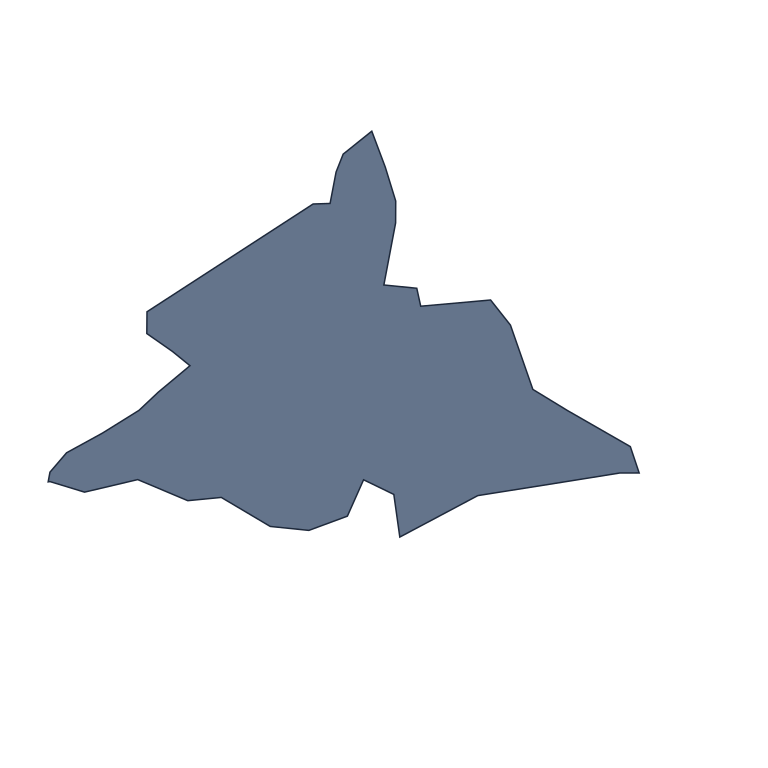 Chrysochou, Paphos, Cyprus, rotated 204°
{"feature_id": "46923920B43074959390545", "entity_name": "Chrysochou", "entity_type": "district", "adm_level": 2, "iso_a3": "CYP", "parent_name": "Cyprus", "parent_adm1": "Paphos", "projection": "natural_earth1", "projection_center": [32.444, 35.0], "detail": "fine", "context": "isolated", "style": "filled", "palette": "slate", "viewbox_px": 768, "rotation_deg": 204, "n_neighbors": 0, "source": "geoboundaries", "source_scale": "gbopen_adm2", "svg_char_len": 675}
<svg xmlns="http://www.w3.org/2000/svg" viewBox="0 0 768 768"><g transform="rotate(204 384 384)"><path d="M114.7,406.5L133.5,427.0L205.7,434.4L245.8,439.6L292.4,489.2L320.8,504.1L382.1,470.0L393.0,484.8L424.4,474.4L438.9,535.9L447.7,555.9L471.0,582.6L498.0,610.0L514.8,577.4L514.0,558.2L506.7,527.0L522.0,519.6L629.9,353.6L621.2,333.6L590.6,327.7L568.7,321.8L586.9,284.7L597.1,260.3L621.2,224.7L646.0,192.1L653.3,167.6L651.0,158.0L649.4,159.0L613.6,163.4L570.1,196.5L515.8,197.6L486.5,214.2L430.0,207.6L393.1,219.7L363.7,248.4L363.7,288.2L330.1,287.1L307.3,250.6L252.9,320.2L174.7,371.0L132.4,398.6L114.7,406.5Z" fill="#64748b" stroke="#1e293b" stroke-width="1.5"/></g></svg>